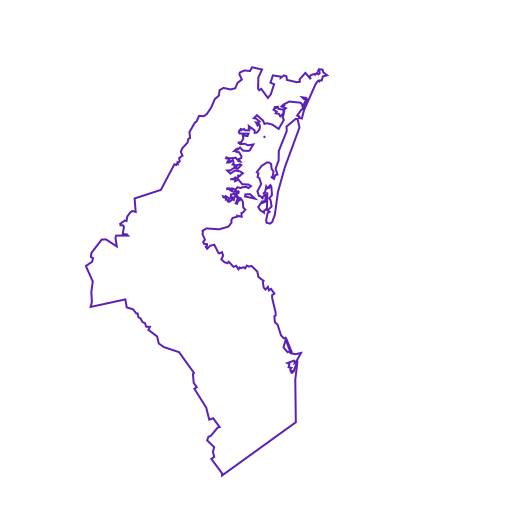 Western Bay of Plenty District, Bay of Plenty, New Zealand (orthographic projection), rotated 54°
{"feature_id": "76426892B94819834972279", "entity_name": "Western Bay of Plenty District", "entity_type": "district", "adm_level": 2, "iso_a3": "NZL", "parent_name": "New Zealand", "parent_adm1": "Bay of Plenty", "projection": "orthographic", "projection_center": [176.081, -37.7], "detail": "fine", "context": "isolated", "style": "outline", "palette": "violet", "viewbox_px": 512, "rotation_deg": 54, "n_neighbors": 0, "source": "geoboundaries", "source_scale": "gbopen_adm2", "svg_char_len": 6144}
<svg xmlns="http://www.w3.org/2000/svg" viewBox="0 0 512 512"><g transform="rotate(54 256 256)"><path d="M100.4,188.0L104.4,191.7L104.9,197.2L109.6,205.0L112.3,212.6L112.1,216.2L109.2,219.7L112.3,225.3L112.1,226.9L116.6,237.0L121.8,240.0L121.6,242.0L124.0,244.7L125.5,252.2L127.5,255.6L131.6,256.5L131.6,260.6L134.4,261.9L134.8,263.1L134.0,264.3L135.7,265.2L134.9,265.7L135.5,267.1L133.8,268.1L146.6,294.1L138.1,320.4L149.6,327.4L146.9,329.7L146.8,332.2L148.4,336.9L151.6,340.2L150.2,341.2L150.1,346.9L151.5,347.5L152.8,345.7L154.7,345.6L159.9,350.9L162.6,347.8L164.2,347.6L157.3,357.1L158.8,359.1L166.4,363.0L154.4,367.6L152.0,371.2L156.8,387.4L159.7,390.1L161.9,389.1L164.3,391.8L164.1,399.5L180.6,403.0L188.4,410.4L197.0,416.0L200.0,419.7L214.3,387.2L221.6,390.8L226.9,386.8L232.1,386.6L232.8,385.6L236.4,387.1L238.9,386.1L242.8,386.7L245.0,385.3L248.7,386.4L250.9,383.5L252.6,386.5L262.9,383.3L269.7,386.1L275.7,384.0L288.5,374.8L314.2,374.9L314.4,376.4L322.1,381.0L327.3,381.0L327.2,383.9L349.4,385.4L360.9,390.0L362.1,386.0L373.0,386.0L372.3,387.9L375.0,398.5L374.3,400.7L376.4,403.9L386.1,402.2L389.0,405.9L394.0,407.9L393.9,411.4L411.9,411.2L413.6,412.5L413.9,321.5L379.0,296.8L365.2,284.0L371.1,293.0L372.3,293.0L371.0,293.2L371.9,295.2L371.3,295.8L370.3,294.4L369.6,295.7L367.8,294.8L367.3,293.1L365.1,295.0L363.0,292.4L361.1,293.5L362.9,286.9L364.2,287.2L364.6,286.0L365.4,287.4L365.5,286.5L360.9,276.6L358.7,281.7L355.3,284.9L352.5,285.7L352.3,287.0L346.2,287.5L340.9,280.9L350.2,283.7L355.3,283.7L340.1,280.0L338.8,281.9L334.9,282.4L324.3,278.9L320.7,279.6L315.5,276.6L315.6,274.9L312.5,273.0L299.6,267.7L297.1,265.9L297.2,263.2L291.4,263.2L291.4,265.7L288.0,264.5L288.7,268.1L285.9,268.3L281.3,265.9L280.6,264.5L274.4,266.4L269.4,264.1L261.4,265.5L260.4,268.0L258.4,269.0L259.6,272.1L257.8,272.6L257.0,275.3L255.6,276.0L256.5,278.0L252.4,277.7L251.5,280.6L244.6,281.4L245.1,283.2L242.7,285.1L238.3,286.0L236.4,282.4L232.9,281.3L232.3,284.2L231.3,284.6L222.4,283.1L220.8,286.8L221.4,291.3L218.9,291.2L218.9,289.6L217.6,288.7L215.6,290.9L213.6,290.5L212.8,287.7L207.1,286.5L204.7,284.3L204.1,285.2L204.6,279.8L212.7,270.2L216.0,261.1L214.6,256.2L212.5,254.9L211.5,252.5L213.5,247.1L212.8,247.1L215.8,244.5L212.7,242.6L213.2,241.1L212.2,237.4L209.3,237.8L204.5,234.8L200.6,234.4L199.1,235.4L201.2,236.0L201.0,238.3L202.6,240.6L201.5,241.5L198.7,236.9L196.3,237.1L197.2,235.9L194.7,235.7L195.3,238.4L197.6,241.1L195.1,241.8L196.5,243.1L196.5,245.7L195.4,246.7L194.6,245.3L192.8,247.3L191.6,246.1L189.3,247.9L188.4,247.6L190.6,246.3L189.8,245.4L193.7,243.7L195.2,240.5L193.0,241.3L191.5,240.2L194.8,233.2L193.8,232.2L192.2,232.5L193.1,232.7L192.8,234.1L191.6,233.9L191.1,236.3L189.3,237.4L188.6,236.4L187.7,238.2L185.5,238.6L184.9,240.0L184.4,239.6L185.4,237.9L187.8,236.6L187.2,235.6L190.1,233.8L189.5,230.6L192.0,228.5L192.2,226.2L192.1,227.4L194.3,223.1L196.6,222.3L196.5,219.0L193.8,220.0L189.9,224.9L183.8,225.3L183.1,228.9L181.5,227.4L180.7,229.2L178.7,231.7L180.5,228.9L180.2,226.6L181.8,225.4L181.7,222.7L179.7,223.6L181.5,222.3L181.3,218.0L178.0,219.3L174.5,222.7L174.3,228.3L169.9,229.1L171.6,226.4L171.9,222.1L170.2,219.4L168.3,221.1L167.7,219.4L164.7,218.3L165.0,221.9L163.5,224.3L162.8,223.1L164.1,222.1L163.6,221.2L161.5,221.0L159.3,222.8L158.8,222.0L161.4,220.1L164.6,214.6L166.9,214.6L167.3,213.3L169.0,214.5L170.4,213.2L167.3,213.3L168.1,210.6L166.9,209.2L162.2,208.7L160.3,210.6L158.4,209.1L158.8,210.8L158.3,211.7L158.0,209.3L159.2,207.8L158.8,205.1L163.1,204.6L166.5,200.4L166.8,198.9L164.2,192.6L161.7,197.5L158.7,199.0L156.2,203.0L153.4,203.9L155.1,202.3L154.2,201.3L155.6,201.8L153.5,197.2L150.7,195.8L154.0,192.4L152.6,190.2L147.2,197.3L145.5,197.0L144.6,195.2L145.5,194.3L144.4,193.6L146.3,192.1L146.2,191.0L148.0,190.9L150.4,187.6L149.1,186.2L147.5,187.1L148.3,186.2L146.7,185.4L153.6,183.3L155.6,184.7L156.7,182.7L155.8,179.2L154.1,177.1L151.8,175.9L150.9,176.1L151.3,178.0L147.9,177.5L149.5,175.9L149.4,174.1L144.9,175.2L143.3,176.7L142.6,172.5L150.6,170.7L154.1,171.5L155.1,169.0L159.2,165.6L166.5,163.0L162.3,153.5L159.8,153.1L155.4,148.0L154.6,148.3L156.8,150.1L157.3,154.3L154.4,154.0L152.1,156.2L151.4,154.4L148.1,155.9L147.2,154.3L147.9,152.9L146.8,152.7L148.2,150.6L150.3,151.4L154.1,147.3L154.0,145.0L149.9,147.5L149.8,146.1L150.9,145.8L150.6,144.3L149.7,144.3L150.6,138.3L158.0,130.0L160.2,129.5L162.9,130.7L158.6,123.0L157.2,125.0L154.7,125.4L157.5,122.6L159.1,122.8L164.8,131.1L164.3,133.2L166.6,140.2L168.6,138.9L169.6,140.1L171.7,138.1L166.1,131.2L151.6,106.1L150.7,102.6L152.0,102.1L151.5,101.0L152.6,99.6L150.0,96.3L151.6,92.3L146.8,93.6L144.4,92.6L141.9,95.2L142.7,96.9L143.9,96.2L145.7,97.2L145.6,98.8L143.7,99.0L144.1,101.6L143.2,101.6L142.0,104.9L142.2,107.0L145.1,107.8L136.9,108.4L138.7,116.9L140.8,118.1L139.4,120.8L131.7,127.5L128.4,125.7L126.4,127.2L126.4,131.2L125.6,130.4L119.8,136.2L124.3,142.4L127.7,140.4L133.9,149.0L135.1,153.5L123.8,153.5L123.8,156.0L121.8,155.9L113.0,149.2L108.7,141.5L101.0,148.2L102.8,152.1L99.1,156.3L98.1,161.2L99.3,162.7L104.9,163.7L105.1,169.2L108.1,174.2L106.3,178.7L100.9,183.5L100.4,188.0ZM201.3,180.7L177.6,145.3L169.7,141.9L168.4,143.3L169.2,155.2L173.0,157.7L184.4,175.8L192.0,181.5L196.9,188.8L202.7,190.8L201.9,192.9L204.2,196.1L200.8,197.4L202.0,196.4L197.9,192.1L194.8,192.2L190.4,189.7L187.9,190.6L186.8,192.1L186.4,198.5L188.7,206.1L190.6,205.5L193.0,208.3L195.0,207.5L200.8,209.5L204.5,216.8L209.1,218.3L210.3,217.2L213.1,216.9L213.2,216.7L212.2,216.1L211.8,213.1L209.7,212.9L209.8,211.3L205.8,206.9L207.8,207.2L207.4,204.8L209.1,206.2L207.4,202.7L208.7,202.7L216.2,207.3L217.1,211.4L219.5,211.4L225.1,214.3L226.0,219.9L228.2,219.1L228.3,221.6L233.2,226.9L235.3,227.9L238.1,225.6L238.0,222.9L233.7,216.5L217.1,200.6L201.3,180.7ZM223.9,219.2L211.3,209.5L212.7,212.5L217.6,216.7L217.0,218.9L216.3,218.3L216.4,220.5L215.8,220.1L217.7,225.4L221.4,225.7L225.6,224.1L224.4,223.3L223.9,219.2ZM209.0,223.1L202.4,224.5L199.9,228.4L201.4,229.9L209.0,223.1ZM173.8,214.4L172.4,215.1L171.4,217.9L173.2,220.6L174.7,219.6L173.8,214.4ZM164.7,180.2L164.6,179.4L164.7,178.1L164.6,179.4L164.7,180.2Z" fill="none" stroke="#5b21b6" stroke-width="2"/></g></svg>